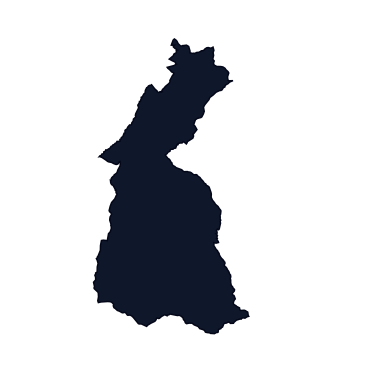 Agas, Bacau, Romania, rotated 112°
{"feature_id": "2599482B91391113599232", "entity_name": "Agas", "entity_type": "district", "adm_level": 2, "iso_a3": "ROU", "parent_name": "Romania", "parent_adm1": "Bacau", "projection": "albers", "projection_center": [26.147, 46.468], "detail": "fine", "context": "isolated", "style": "filled", "palette": "ink", "viewbox_px": 384, "rotation_deg": 112, "n_neighbors": 0, "source": "geoboundaries", "source_scale": "gbopen_adm2", "svg_char_len": 6032}
<svg xmlns="http://www.w3.org/2000/svg" viewBox="0 0 384 384"><g transform="rotate(112 192 192)"><path d="M193.9,291.2L193.7,290.9L193.7,288.2L194.8,283.0L195.2,282.0L195.3,280.7L194.7,277.6L195.0,275.1L194.9,272.8L194.6,272.1L193.6,271.1L191.3,270.7L190.7,270.1L192.7,269.0L194.8,268.5L199.4,269.0L201.5,268.8L202.8,269.0L205.4,270.6L206.1,270.4L207.6,271.3L208.2,271.3L208.5,271.7L210.0,271.9L211.0,271.4L211.5,272.0L211.6,271.6L213.0,271.4L214.5,270.3L215.3,269.1L215.1,268.8L215.7,267.3L218.1,264.4L219.1,263.8L219.1,263.5L218.5,263.5L218.7,263.2L221.2,262.1L222.0,260.5L223.6,260.9L227.2,261.0L231.9,262.6L235.8,262.5L240.2,261.9L241.2,261.0L241.6,259.4L243.0,258.2L245.8,258.6L248.2,258.0L249.1,257.6L252.1,255.1L253.5,254.7L254.5,253.8L256.3,253.1L259.6,252.9L261.9,253.8L268.8,252.3L269.9,256.2L270.9,257.8L275.9,256.8L280.4,255.1L286.7,255.1L287.5,255.4L288.0,255.0L289.6,255.7L290.7,254.4L293.4,252.3L296.9,251.8L301.7,250.0L303.1,251.0L304.3,250.6L305.5,250.9L307.1,249.5L309.5,248.4L312.5,249.5L316.2,247.0L317.6,246.9L318.2,246.5L320.1,241.7L320.9,241.0L324.3,239.4L328.2,238.6L329.6,237.4L328.1,235.3L325.2,229.3L324.5,227.3L324.2,225.4L325.3,222.7L327.1,222.3L328.5,221.0L328.7,219.8L329.8,216.8L329.7,214.7L330.1,211.5L329.8,210.6L329.0,209.7L328.8,208.8L328.8,208.3L330.3,205.9L330.3,205.3L329.4,203.5L329.4,201.8L330.2,199.6L334.2,192.3L334.0,191.1L333.3,189.7L333.6,183.7L332.1,183.2L329.1,181.0L325.8,178.0L324.1,177.5L322.2,177.6L321.9,177.3L321.9,175.8L321.4,174.9L318.8,173.6L316.2,171.5L316.0,171.2L316.1,168.7L315.4,168.7L314.6,167.4L313.5,166.9L313.3,166.2L312.0,159.3L311.0,157.5L311.3,155.1L312.3,152.9L313.5,152.1L314.2,150.5L315.7,149.2L316.0,148.4L316.1,147.7L314.6,145.4L313.6,142.7L314.4,140.2L314.4,136.0L315.8,133.5L315.5,131.0L315.5,129.4L315.8,128.3L316.7,127.4L316.9,126.6L316.4,124.2L315.9,123.2L316.2,122.0L314.9,118.1L313.2,116.8L312.6,115.6L312.2,115.3L309.5,115.9L307.9,114.1L306.7,113.9L305.8,113.1L302.3,113.1L301.5,112.7L300.8,111.2L299.0,109.5L298.8,108.7L299.4,107.1L298.2,104.4L297.0,104.2L294.2,102.8L291.8,99.9L291.4,98.7L290.2,98.3L289.6,97.6L289.1,95.6L287.1,94.2L286.0,92.8L285.3,93.7L282.5,95.3L282.0,98.2L282.1,99.4L283.7,102.7L283.0,103.7L281.6,104.6L281.4,107.5L280.9,108.7L280.6,111.1L280.2,111.6L279.2,112.2L276.9,112.4L274.9,111.8L272.6,113.9L272.2,114.4L272.2,115.5L271.5,116.4L270.4,116.5L268.1,115.7L266.7,115.9L266.2,116.5L265.9,117.6L264.6,119.0L263.9,120.6L261.5,122.2L259.0,123.2L258.2,124.0L256.1,124.3L254.5,125.2L254.2,126.1L252.0,128.1L250.4,130.6L249.9,130.8L248.9,132.4L248.7,133.9L247.0,134.8L245.7,134.7L244.7,135.4L244.6,136.1L243.9,136.7L243.8,137.4L243.2,137.8L242.5,139.7L241.3,141.6L239.7,143.4L238.7,143.9L238.6,144.6L238.0,144.9L237.5,146.0L236.9,146.3L236.2,148.1L233.2,152.0L232.4,152.0L230.8,152.9L230.6,151.3L230.3,150.4L228.9,148.5L228.1,149.1L226.2,151.8L225.6,151.1L224.5,152.2L223.9,152.0L222.8,152.6L222.6,152.4L221.8,153.9L221.7,153.5L220.8,153.3L219.7,153.8L218.5,155.1L216.9,154.6L216.9,154.3L217.3,153.8L217.0,153.2L216.2,152.9L210.2,153.9L208.7,154.9L207.3,154.8L206.7,155.7L204.3,156.6L203.7,157.2L201.9,157.2L198.7,158.1L197.9,159.0L197.3,160.3L195.7,162.4L194.6,165.7L193.5,167.1L191.9,170.0L189.7,172.3L186.7,173.3L185.2,174.3L181.0,178.0L180.6,179.1L180.3,181.6L179.6,181.9L179.3,182.7L179.3,183.7L177.9,185.7L176.5,188.7L175.6,190.0L175.1,192.4L174.3,193.8L174.3,194.6L175.4,196.8L174.4,199.9L174.3,201.2L174.8,203.1L174.8,204.0L176.1,206.9L176.1,207.7L175.2,209.9L175.4,215.9L174.8,217.4L174.6,219.3L174.0,220.6L173.1,221.3L172.7,221.3L172.1,222.7L170.8,224.2L170.1,225.3L169.9,226.9L167.7,230.7L165.8,229.5L164.0,229.1L162.5,227.7L160.6,228.0L159.4,225.6L158.3,225.1L157.4,223.6L154.1,223.7L153.6,222.8L153.2,222.7L152.8,223.4L152.5,223.3L151.2,221.7L150.2,219.5L148.6,219.0L148.5,218.3L149.0,217.5L148.9,216.7L149.6,215.3L148.4,215.0L147.0,215.1L141.8,211.4L139.5,211.5L138.1,212.8L137.9,212.4L132.3,210.8L129.8,213.9L129.2,215.3L128.6,215.7L123.7,215.9L121.7,214.5L119.6,211.6L118.6,211.0L115.2,210.7L112.6,210.9L109.3,213.0L108.6,213.1L106.2,212.8L100.0,210.9L97.7,210.9L94.1,208.7L90.5,207.1L87.7,204.5L87.0,203.2L86.0,202.4L83.5,202.0L82.3,200.9L81.1,201.1L79.9,200.7L78.1,199.2L76.0,198.3L73.4,195.7L74.9,199.0L75.0,199.9L74.8,200.4L73.6,201.3L71.8,202.2L67.9,202.5L66.9,203.7L65.9,206.4L65.0,207.6L64.5,209.8L64.6,210.8L64.9,212.3L66.3,216.0L66.1,218.3L65.6,219.7L64.0,220.4L62.2,220.5L61.4,222.1L60.3,222.7L57.3,223.1L54.9,224.6L52.4,224.8L49.8,226.8L51.2,227.9L51.7,228.7L52.0,231.1L52.8,232.4L54.5,233.6L56.5,234.3L57.6,236.2L59.7,237.7L61.1,240.3L62.6,241.1L62.5,242.1L63.3,243.4L63.7,246.0L62.0,246.7L58.3,249.6L57.9,252.1L59.3,254.6L59.6,254.5L59.7,254.9L59.7,255.5L60.8,256.7L60.9,257.2L59.7,260.3L57.7,262.6L57.1,263.9L56.7,265.7L58.3,266.4L63.6,266.2L62.5,263.3L63.4,263.9L64.4,263.7L65.3,261.4L65.8,258.6L66.8,259.6L68.2,258.8L68.9,258.9L70.8,260.4L72.7,260.4L77.3,262.9L77.7,259.5L77.8,256.5L79.0,255.1L79.3,254.3L81.7,256.3L85.7,261.7L86.3,260.8L87.1,258.2L88.3,255.9L88.3,253.7L89.1,253.1L89.6,253.4L90.2,253.1L91.0,253.7L96.9,254.3L97.7,253.7L99.8,253.9L104.0,256.2L106.6,257.0L107.8,257.7L110.2,257.9L110.4,258.2L110.4,257.5L110.9,257.8L112.2,260.3L112.2,261.7L111.4,262.2L110.3,265.2L107.7,269.7L108.6,270.3L109.1,271.3L110.0,272.1L111.5,272.4L112.3,273.1L115.2,273.3L117.9,272.6L119.2,273.4L122.5,273.7L123.0,274.5L123.5,274.5L123.8,273.9L125.0,274.1L127.3,273.8L127.6,274.0L127.8,274.6L129.3,274.3L131.8,274.8L133.9,273.0L140.5,273.5L142.2,273.2L142.9,272.6L143.6,272.3L146.3,273.6L148.3,273.1L150.3,273.7L152.2,273.4L152.7,273.7L153.2,275.0L156.0,275.9L157.9,275.9L159.6,277.1L160.4,277.1L162.2,276.1L162.9,277.0L166.5,276.9L168.0,277.9L169.1,277.6L170.3,278.5L171.8,277.8L172.3,278.3L172.5,279.0L172.9,279.4L173.1,280.4L175.3,280.8L175.7,281.5L177.0,281.9L178.0,283.0L179.4,283.3L180.0,284.1L182.9,284.7L183.3,285.6L184.8,286.3L185.2,287.7L187.0,287.8L187.8,288.8L189.2,288.3L190.1,289.0L190.6,289.8L192.5,290.0L192.9,290.9L193.9,291.2Z" fill="#0f172a" stroke="#020617" stroke-width="1.5"/></g></svg>